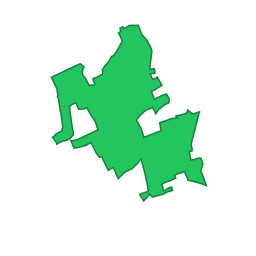 Kantunil, Yucatán, Mexico, rotated 59°
{"feature_id": "50627088B31709995716796", "entity_name": "Kantunil", "entity_type": "district", "adm_level": 2, "iso_a3": "MEX", "parent_name": "Mexico", "parent_adm1": "Yucatán", "projection": "albers", "projection_center": [-88.955, 20.752], "detail": "fine", "context": "isolated", "style": "filled", "palette": "green", "viewbox_px": 256, "rotation_deg": 59, "n_neighbors": 0, "source": "geoboundaries", "source_scale": "gbopen_adm2", "svg_char_len": 5841}
<svg xmlns="http://www.w3.org/2000/svg" viewBox="0 0 256 256"><g transform="rotate(59 128 128)"><path d="M198.6,152.1L197.8,149.2L197.4,147.8L196.9,146.4L195.7,144.2L195.6,143.5L196.2,143.5L196.5,143.4L196.8,143.5L197.3,143.4L197.6,143.3L197.8,143.2L198.4,143.1L198.6,143.0L199.4,142.8L199.8,142.6L200.0,141.8L200.2,141.1L200.3,140.7L200.5,140.3L200.9,138.9L201.3,137.3L201.6,136.6L201.7,136.3L201.9,135.6L202.0,135.1L202.2,134.7L202.3,134.3L202.3,134.0L202.5,133.5L202.6,133.1L202.8,131.8L202.9,131.0L202.9,130.3L202.9,129.8L202.9,129.5L203.0,128.6L203.0,127.9L203.1,127.4L203.1,127.2L203.1,126.9L203.2,126.4L203.3,126.2L203.5,125.5L203.7,125.0L203.9,124.3L204.1,123.2L204.2,122.8L204.2,122.3L204.3,121.7L203.5,121.5L203.2,121.4L201.9,121.1L201.2,120.9L200.9,121.6L200.7,122.3L200.5,123.0L200.3,123.6L200.3,124.1L200.3,124.6L200.2,125.0L200.2,125.5L200.3,126.1L200.4,126.6L200.5,127.4L200.5,127.7L200.5,128.2L200.3,128.6L200.2,128.9L199.9,130.2L199.2,129.8L198.2,129.3L196.6,128.7L195.7,128.4L194.9,128.2L194.2,127.9L193.7,127.9L193.7,127.1L193.7,126.6L193.6,126.3L193.7,125.3L193.8,124.5L193.9,123.6L194.1,122.7L194.6,120.7L194.8,120.1L194.9,119.3L195.0,118.8L195.0,118.2L195.1,117.4L195.1,117.1L195.2,116.5L195.3,115.4L195.3,114.4L195.4,113.7L195.4,112.7L195.0,112.6L194.5,112.6L194.1,112.6L193.1,112.6L192.6,112.6L192.7,111.4L192.7,110.5L192.8,110.0L192.8,109.7L192.9,109.2L193.1,108.2L193.1,107.3L193.2,107.1L193.4,106.6L193.5,106.1L194.6,101.7L195.1,101.9L196.5,102.4L196.9,102.5L197.7,102.6L198.1,102.7L199.2,102.7L199.6,102.8L200.1,102.8L200.7,102.8L203.6,103.6L208.1,98.8L209.7,97.3L214.1,93.3L215.5,92.3L217.7,90.5L215.2,90.1L213.9,89.7L211.9,89.3L209.3,88.8L208.0,88.4L207.1,88.5L206.3,88.1L205.7,88.1L205.3,88.0L203.4,88.1L202.7,87.7L202.0,87.5L201.4,87.0L198.9,84.0L197.1,82.2L196.5,81.9L192.7,81.3L191.6,81.1L191.3,81.0L189.9,83.7L189.6,85.0L189.4,86.9L188.0,90.6L187.8,90.6L186.0,89.9L185.0,89.5L183.8,89.1L180.4,87.8L180.2,87.7L179.8,87.6L180.1,86.6L180.5,85.1L180.7,84.5L179.5,84.1L177.2,83.2L175.0,82.4L174.4,82.2L173.8,81.5L173.5,81.2L172.1,79.9L170.1,77.9L169.4,77.1L168.1,75.8L167.4,75.1L166.4,74.1L163.6,71.3L163.3,71.0L161.9,69.6L161.4,69.1L159.4,67.1L158.7,66.3L158.2,65.8L155.3,63.0L154.8,62.5L153.9,61.6L152.4,60.0L151.3,58.9L150.9,58.5L150.7,59.1L150.5,60.2L150.3,61.2L150.1,62.0L150.0,62.6L149.6,64.4L149.5,65.0L149.4,65.5L148.7,65.3L148.0,65.7L145.2,67.0L143.4,67.5L145.4,70.0L144.8,72.7L144.1,75.7L143.9,76.5L143.8,76.8L143.1,78.3L143.0,78.7L142.6,79.6L142.4,80.4L142.3,80.9L142.8,80.9L143.2,80.9L144.7,80.8L144.4,81.6L143.3,83.8L142.6,85.3L142.2,86.1L142.1,86.4L142.0,86.7L141.5,90.6L140.9,93.1L140.6,94.3L140.5,94.8L140.4,95.2L139.8,98.2L147.4,101.0L147.2,102.1L147.1,102.7L147.1,103.0L146.9,103.7L146.7,104.7L146.5,105.6L145.9,109.5L145.0,115.0L144.6,116.3L144.5,117.0L144.4,117.7L144.4,118.3L144.3,119.2L135.3,117.0L130.1,116.8L125.5,116.7L123.2,110.2L122.9,108.4L122.8,108.0L122.2,104.8L122.2,102.0L123.1,96.2L130.1,96.9L128.0,92.4L127.9,91.8L127.9,91.4L126.9,84.6L127.5,79.9L123.9,77.6L118.6,77.5L118.4,79.2L117.5,82.8L117.5,83.3L117.3,88.2L117.1,88.9L117.1,89.2L117.0,89.8L116.9,90.6L108.6,89.0L108.8,87.8L108.9,87.3L108.9,87.2L108.9,86.9L109.1,85.3L108.9,77.0L106.4,76.8L105.9,76.8L104.2,76.8L103.2,76.7L102.7,76.7L102.3,76.8L102.0,76.9L101.6,76.9L101.1,76.7L100.5,76.7L99.5,76.5L99.5,77.9L99.3,79.7L99.2,81.0L99.1,81.7L97.4,81.7L95.6,81.5L94.5,81.3L93.3,81.2L93.6,79.7L94.0,79.0L94.4,78.1L94.9,76.7L92.5,75.4L90.5,75.1L89.4,78.5L89.1,78.8L89.0,79.1L89.0,79.3L88.2,78.7L85.3,76.4L81.2,73.2L74.3,67.8L73.7,67.6L72.6,67.4L69.2,66.8L66.4,66.8L63.2,66.4L59.8,67.0L55.5,68.0L45.2,66.4L40.7,74.1L40.7,75.0L40.9,77.6L40.9,78.7L40.8,78.9L40.8,79.0L40.4,80.3L39.7,80.4L38.5,80.3L38.3,83.5L39.0,83.7L40.9,84.4L41.5,84.4L41.7,87.3L42.5,87.2L45.5,87.4L49.9,88.1L50.7,88.2L56.4,98.3L57.9,101.3L58.2,102.1L58.3,102.3L58.4,103.8L58.2,105.3L61.4,110.7L62.4,114.5L62.8,116.3L63.6,117.4L63.9,118.1L64.5,119.2L64.7,120.1L66.2,120.3L68.5,121.8L68.7,123.3L68.6,123.6L68.6,128.9L67.5,132.5L68.5,132.8L70.4,133.6L72.8,133.5L73.1,133.7L73.7,134.9L72.5,136.9L71.7,139.2L69.6,139.2L67.4,139.2L64.3,138.9L62.5,139.0L60.6,139.4L58.5,139.2L57.5,139.1L53.7,135.8L53.2,134.3L52.4,134.6L51.1,134.8L49.5,135.3L48.3,135.9L47.4,143.3L45.1,167.5L57.6,168.8L58.9,169.1L59.5,169.5L60.6,170.0L62.1,170.4L63.7,171.1L64.9,172.5L68.0,172.7L73.4,175.2L76.6,176.2L77.3,177.1L78.4,177.2L79.7,177.4L86.9,180.6L88.2,181.0L92.2,182.7L94.0,183.9L95.0,185.0L95.1,185.4L96.5,185.6L96.0,193.2L96.6,194.6L96.9,195.0L97.0,195.3L97.0,197.5L98.3,197.2L103.1,196.9L105.2,197.5L105.2,195.2L105.3,192.4L105.7,191.2L105.7,190.1L106.2,189.1L106.5,187.6L106.8,186.7L107.3,184.7L107.1,183.3L105.8,178.5L105.8,178.1L100.6,176.2L85.1,169.7L79.0,167.0L79.3,166.0L79.2,164.7L79.1,163.7L79.2,162.4L79.5,159.7L80.3,159.7L85.8,160.6L86.5,160.7L87.0,159.7L88.0,158.1L89.0,155.4L89.2,154.8L89.6,152.5L91.4,153.0L97.0,153.1L100.8,152.9L106.1,152.8L110.1,153.8L114.2,154.8L111.9,176.7L111.8,177.6L110.3,182.2L109.4,183.3L109.4,183.5L117.4,184.7L119.5,179.5L120.3,176.6L120.7,173.6L121.3,173.7L121.3,172.4L121.3,170.1L121.6,167.1L133.1,168.1L137.6,167.7L138.7,167.3L139.5,164.9L142.1,165.7L154.2,166.7L154.2,166.0L153.8,165.6L154.1,165.3L154.1,163.7L154.1,163.3L154.3,161.2L156.0,161.3L156.5,161.2L157.6,161.2L162.9,162.2L164.7,162.2L166.4,162.5L164.3,153.6L164.3,152.4L164.4,151.1L164.5,150.4L164.6,149.9L164.7,149.3L164.7,148.9L164.6,148.1L164.7,147.7L164.7,146.9L164.8,146.0L165.0,145.6L165.0,144.9L164.8,144.3L164.5,143.7L164.4,143.4L164.0,142.4L163.9,141.8L163.9,141.5L163.9,141.1L163.9,140.6L163.8,139.9L163.7,139.7L163.6,139.1L163.1,137.6L163.0,137.2L162.9,137.0L162.7,136.6L162.6,136.3L162.2,135.2L162.0,134.7L161.8,134.2L161.6,132.7L175.9,137.0L185.7,140.3L192.7,143.2L191.6,148.1L190.9,152.2L198.6,152.1Z" fill="#22c55e" stroke="#15803d" stroke-width="1.5"/></g></svg>